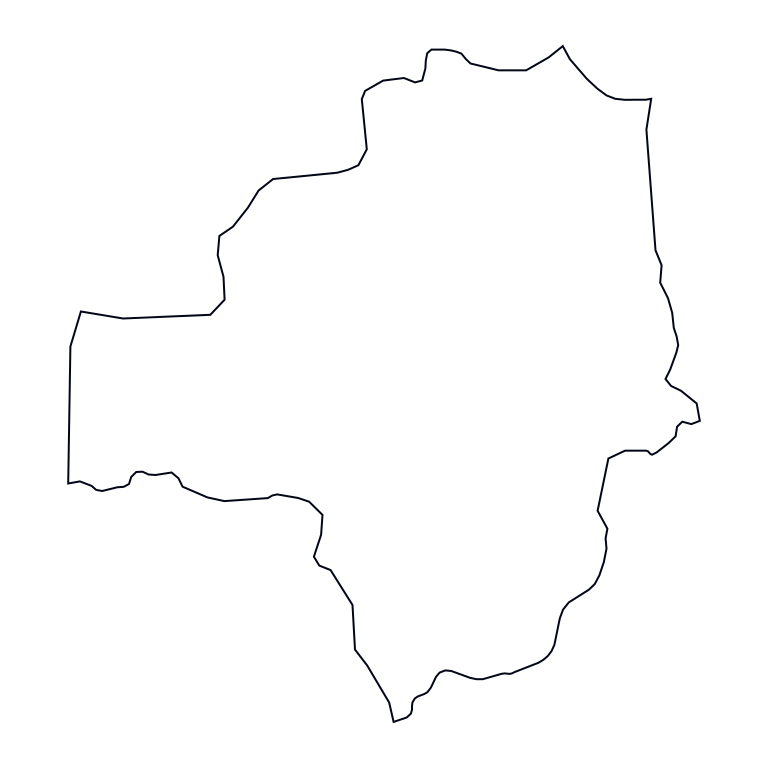 the State of Zamfara
{"feature_id": "NGA-2872", "entity_name": "Zamfara", "entity_type": "State", "adm_level": 1, "iso_a3": "NGA", "parent_name": "Nigeria", "parent_adm1": "", "projection": "mercator", "projection_center": [6.327, 12.019], "detail": "fine", "context": "isolated", "style": "outline", "palette": "ink", "viewbox_px": 768, "rotation_deg": 0, "n_neighbors": 0, "source": "natural_earth", "source_scale": "10m", "svg_char_len": 1831}
<svg xmlns="http://www.w3.org/2000/svg" viewBox="0 0 768 768"><path d="M562.8,46.1L569.9,59.2L586.8,78.8L597.2,88.5L606.5,95.4L615.2,98.8L624.8,99.8L646.0,99.7L651.2,98.8L646.4,129.6L655.5,250.3L661.6,265.2L660.2,282.7L668.0,298.2L672.2,312.8L673.8,327.9L676.6,336.4L678.2,345.2L676.3,352.8L670.1,369.8L665.5,379.0L671.1,386.0L680.9,390.7L696.7,403.5L699.8,420.9L691.3,424.1L682.3,421.7L677.1,426.7L675.6,436.3L668.8,442.9L656.7,452.4L652.1,454.7L650.5,454.1L648.0,451.3L646.2,450.7L625.0,450.7L608.4,458.5L597.6,510.8L607.4,528.7L605.6,538.4L606.5,548.7L603.8,562.2L599.4,575.3L594.8,584.0L589.0,589.6L568.8,602.4L563.0,609.7L559.8,618.4L554.4,644.8L551.6,651.0L547.9,655.9L543.5,659.7L538.4,662.8L514.5,672.1L512.0,673.4L509.5,673.9L504.7,673.4L501.6,673.8L482.8,679.2L476.4,679.2L470.0,677.8L451.3,671.0L445.3,670.4L439.6,672.6L436.1,676.7L430.9,687.6L427.4,692.2L424.5,693.9L417.7,696.5L414.8,698.5L412.5,702.3L412.0,706.0L412.0,709.7L410.9,713.6L406.7,717.5L393.6,721.9L389.2,702.6L367.2,665.5L355.0,649.6L352.5,605.0L330.6,570.1L319.3,565.6L313.9,556.7L321.1,534.8L322.5,514.9L309.1,501.7L298.2,498.0L277.1,494.4L272.3,495.5L267.9,498.1L224.3,501.1L207.4,497.4L182.6,486.7L178.4,478.2L171.6,472.5L155.4,475.0L148.6,474.5L142.5,471.7L136.2,472.0L131.2,477.0L129.0,484.0L123.8,486.8L117.2,487.3L102.2,491.0L96.2,489.9L91.6,485.9L79.9,481.4L68.2,483.5L70.4,346.5L80.9,311.5L123.0,318.5L210.3,314.8L224.6,299.7L223.5,276.8L217.7,255.2L219.4,235.9L232.9,226.7L247.9,207.7L258.6,190.5L273.1,179.0L337.4,172.7L348.1,169.8L358.4,165.2L366.8,149.3L361.8,99.1L365.1,90.9L383.1,80.6L403.9,78.0L415.1,82.4L422.2,80.5L425.4,68.4L425.8,60.6L427.2,53.3L431.4,49.6L444.7,49.6L450.9,50.4L456.3,51.7L461.4,53.6L465.8,59.0L470.5,63.5L498.4,70.3L526.2,70.3L548.5,57.5L562.7,46.2L562.8,46.1Z" fill="none" stroke="#020617" stroke-width="2"/></svg>